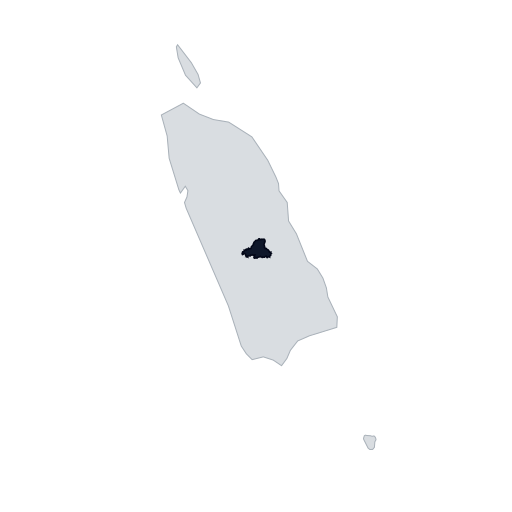 Jayuya, Puerto Rico (highlighted), rotated 245°
{"feature_id": "32010507B17453471751527", "entity_name": "Jayuya", "entity_type": "district", "adm_level": 2, "iso_a3": "PRI", "parent_name": "Puerto Rico", "parent_adm1": "", "projection": "mercator", "projection_center": [-66.589, 18.225], "detail": "fine", "context": "in_parent", "style": "filled", "palette": "ink", "viewbox_px": 512, "rotation_deg": 245, "n_neighbors": 0, "source": "geoboundaries", "source_scale": "gbopen_adm2", "svg_char_len": 3876}
<svg xmlns="http://www.w3.org/2000/svg" viewBox="0 0 512 512"><g transform="rotate(245 256 256)"><path d="M338.7,218.4L344.0,221.9L349.1,221.4L345.0,214.1L348.7,214.1L381.3,218.6L402.3,226.2L423.8,229.8L425.2,254.7L408.6,264.6L397.7,275.0L388.9,287.8L365.7,302.6L337.7,307.1L319.1,307.4L312.1,307.0L305.3,304.4L291.3,306.9L273.9,300.3L259.0,302.0L229.4,300.4L218.3,306.1L207.7,307.3L197.3,306.3L188.5,303.8L166.5,304.0L157.2,299.1L161.1,270.7L161.4,257.9L156.0,247.3L150.1,240.7L145.8,232.8L154.4,227.6L161.5,220.0L163.7,208.7L171.5,205.9L180.6,204.6L222.5,209.9L328.7,212.9L334.7,213.8L338.7,218.4ZM458.4,279.1L445.0,280.2L436.3,278.8L433.4,273.5L449.6,268.5L468.5,269.2L479.2,272.2L480.6,274.2L458.4,279.1ZM42.4,287.3L40.8,287.5L39.2,287.3L38.5,286.8L37.4,285.2L32.6,282.5L31.4,280.0L32.5,277.4L34.5,276.4L44.3,276.1L45.3,276.4L47.3,278.2L47.4,279.4L46.4,280.7L44.7,283.8L43.9,284.6L43.4,285.4L43.1,286.8L42.4,287.3Z" fill="#d9dde1" stroke="#a8b0b8" stroke-width="1"/><path d="M264.4,244.6L263.9,244.3L263.2,244.3L263.3,244.5L263.1,245.1L263.2,245.3L263.3,246.0L263.0,245.9L263.1,246.4L262.8,246.8L262.3,247.2L262.0,247.1L261.7,247.2L260.9,247.2L260.4,247.3L260.4,247.2L260.1,247.4L259.9,247.2L259.7,247.4L259.6,247.1L259.5,247.3L259.3,247.2L259.1,247.2L259.1,247.4L258.9,247.6L259.4,247.5L259.2,247.7L259.0,248.1L259.4,248.2L259.5,248.5L259.2,248.9L259.3,249.2L259.3,249.6L259.1,249.7L258.9,250.0L258.8,250.4L258.5,250.7L258.8,251.0L259.1,251.2L259.2,251.4L258.9,251.7L258.6,252.4L258.8,252.6L258.8,253.0L258.4,253.0L258.2,253.5L257.9,253.8L258.1,254.0L257.9,254.6L257.6,255.4L257.4,255.1L256.8,254.8L256.5,254.8L256.5,254.4L256.2,254.4L256.0,253.8L255.8,253.8L255.6,253.5L255.4,253.4L254.9,253.5L254.5,253.9L254.4,255.9L254.2,256.3L253.8,255.8L253.7,256.0L253.6,256.3L254.1,256.9L253.9,257.8L253.9,258.1L253.7,258.6L253.9,259.4L253.9,259.7L253.6,259.7L253.3,259.8L252.9,260.3L252.5,260.9L252.1,260.9L252.0,261.0L252.2,261.7L251.9,262.1L252.0,262.2L251.8,262.8L251.4,262.9L251.3,263.2L251.6,263.5L251.5,264.1L251.7,264.4L251.7,264.7L251.5,265.3L250.6,265.2L249.8,265.4L250.0,266.0L250.1,266.6L250.1,267.0L249.9,267.0L249.6,267.5L249.4,267.7L249.9,267.7L249.9,268.3L250.1,268.7L250.3,268.9L250.2,269.3L250.3,269.6L250.9,269.9L251.4,270.0L251.6,270.5L251.7,270.3L252.1,270.4L252.1,270.6L252.5,270.9L252.8,271.0L253.3,271.2L253.4,270.7L253.5,270.3L253.5,270.2L253.8,269.7L254.1,269.7L254.3,269.9L254.6,270.0L255.1,269.8L255.8,269.8L256.1,269.6L256.5,269.6L256.8,269.2L257.2,269.1L257.4,268.7L258.0,268.3L258.5,268.5L258.9,268.1L258.9,267.6L259.1,267.4L259.4,267.4L259.6,267.5L259.9,267.5L260.1,267.3L260.1,267.2L260.4,267.2L260.6,267.7L261.3,267.9L262.0,268.0L262.5,268.0L263.0,267.9L263.4,268.3L263.5,268.7L264.2,269.0L264.4,269.6L264.8,269.6L265.3,269.8L265.3,270.3L265.5,270.5L265.9,270.6L266.5,270.7L266.7,270.8L267.0,270.7L267.7,270.6L267.8,270.3L268.2,269.7L268.1,269.4L268.4,269.1L268.4,268.9L268.8,268.4L268.6,268.2L268.7,267.8L268.9,267.6L268.9,267.4L269.3,267.0L269.1,266.5L269.4,266.5L269.5,266.4L269.8,266.3L270.0,266.5L270.2,266.4L270.4,265.8L270.0,265.1L270.0,264.9L269.6,264.5L269.5,264.3L269.7,263.8L269.6,263.6L270.1,263.0L270.2,262.6L270.2,262.2L269.8,261.6L269.8,261.4L269.5,261.1L269.5,260.7L269.3,259.9L269.1,259.7L268.6,259.5L268.5,259.3L268.0,258.5L267.4,258.6L266.8,256.8L266.3,255.6L265.1,255.0L264.8,254.6L264.9,254.3L265.1,254.2L265.3,253.8L265.0,253.3L265.1,252.6L265.5,252.8L265.9,252.7L266.0,252.6L266.3,252.5L266.2,252.3L265.8,252.0L265.5,252.0L265.6,251.7L265.4,251.3L265.5,251.1L265.9,251.0L265.9,250.7L266.1,250.8L266.2,250.6L265.9,250.3L265.7,250.2L265.6,249.8L265.8,249.8L266.2,249.9L266.3,249.8L266.2,249.4L265.9,249.4L265.9,248.8L265.8,248.5L266.1,248.2L266.4,247.7L265.4,247.3L265.0,246.7L265.3,246.1L265.2,246.0L265.4,245.6L265.2,245.4L264.8,245.3L264.4,244.9L264.4,244.6Z" fill="#0f172a" stroke="#020617" stroke-width="1.5"/></g></svg>